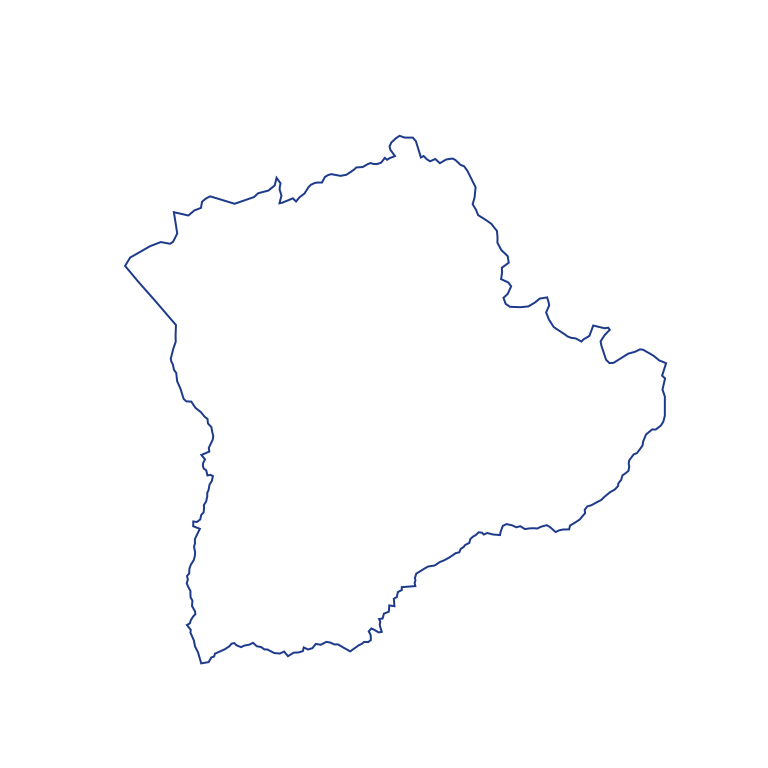 Sertânia, Pernambuco, Brazil (Mercator projection), rotated 339°
{"feature_id": "56859067B10888923782063", "entity_name": "Sertânia", "entity_type": "district", "adm_level": 2, "iso_a3": "BRA", "parent_name": "Brazil", "parent_adm1": "Pernambuco", "projection": "mercator", "projection_center": [-37.338, -8.2], "detail": "fine", "context": "isolated", "style": "outline", "palette": "blue", "viewbox_px": 768, "rotation_deg": 339, "n_neighbors": 0, "source": "geoboundaries", "source_scale": "gbopen_adm2", "svg_char_len": 4558}
<svg xmlns="http://www.w3.org/2000/svg" viewBox="0 0 768 768"><g transform="rotate(339 384 384)"><path d="M357.6,153.0L353.1,159.5L345.3,162.0L335.0,160.8L329.6,162.9L309.1,162.2L299.5,154.7L295.8,151.8L288.9,146.5L284.3,147.0L279.5,148.6L276.2,154.0L269.1,154.0L261.8,156.6L249.4,148.3L246.9,160.1L244.9,169.4L238.0,175.7L234.5,176.4L226.5,171.5L215.0,171.5L192.3,175.0L184.6,181.0L191.3,200.6L200.2,224.4L210.9,254.4L206.7,264.3L204.7,269.9L200.0,275.5L193.9,284.1L193.5,286.8L193.9,290.1L193.0,295.4L194.0,299.3L191.9,307.1L192.3,315.6L191.6,326.1L193.3,329.4L197.8,331.4L199.4,338.7L203.0,344.7L204.8,350.3L206.7,353.3L205.5,357.8L207.4,362.4L206.5,367.0L205.9,371.6L204.1,374.6L197.5,380.9L196.7,384.5L188.1,384.8L189.9,390.2L186.7,393.1L185.5,395.7L185.4,398.4L187.1,400.8L186.4,406.1L189.3,406.6L191.3,408.6L188.6,412.7L185.0,415.5L182.1,420.3L180.1,422.1L178.7,425.6L175.9,429.9L172.4,432.5L171.6,435.2L169.6,439.2L166.4,440.8L163.9,444.6L159.9,445.8L156.7,444.0L154.9,448.4L160.2,453.2L154.0,459.0L151.8,461.1L150.5,464.9L148.3,467.9L147.3,473.6L145.5,477.2L143.3,480.2L138.9,483.5L136.2,486.6L134.2,491.1L131.3,492.6L130.8,496.3L128.4,499.3L128.5,502.7L129.1,507.8L127.0,513.6L127.5,517.6L125.2,522.5L126.1,528.7L125.3,531.4L122.6,532.6L119.2,535.1L116.9,537.9L113.6,538.4L115.5,544.2L114.2,546.7L114.6,555.4L113.5,561.2L114.2,567.8L113.5,576.3L113.2,579.3L120.6,580.8L124.8,577.4L127.8,577.5L129.5,575.2L140.3,574.6L145.5,573.5L148.7,571.8L151.3,572.2L152.8,575.2L156.2,578.4L160.0,578.2L165.0,579.1L169.0,578.7L171.2,583.2L175.0,585.5L177.2,588.9L179.9,590.0L185.2,595.9L190.2,598.3L194.9,598.0L196.8,603.7L203.3,602.4L208.0,604.0L212.5,604.3L214.7,601.2L217.9,604.6L222.4,605.0L227.2,602.2L231.5,604.8L237.8,604.1L241.0,606.0L244.4,609.4L247.7,610.6L250.1,613.5L251.8,615.7L256.6,621.5L266.7,618.9L270.3,618.6L273.1,617.7L276.8,619.3L280.0,618.3L281.6,613.6L281.1,609.5L284.6,607.7L286.9,610.1L290.0,614.0L293.1,614.6L293.4,609.8L293.8,607.0L295.4,604.4L295.1,601.7L298.7,602.4L301.6,598.4L306.9,598.3L309.6,592.6L314.1,595.2L316.2,588.0L319.6,587.5L322.4,583.2L326.8,582.7L327.8,580.0L340.8,583.9L341.3,580.7L342.9,578.7L343.4,576.1L346.2,572.6L355.7,570.8L359.8,570.2L366.2,571.6L372.4,570.2L376.6,570.2L383.3,569.3L390.4,567.6L394.0,568.1L396.5,565.4L399.5,564.9L402.1,563.4L406.7,562.9L409.1,559.6L412.6,558.3L415.3,558.0L419.2,556.4L422.2,557.9L423.2,560.3L427.0,560.1L431.9,563.6L434.4,564.8L438.2,566.6L439.8,563.9L444.1,559.0L448.2,558.7L453.0,561.9L456.2,565.2L460.3,565.6L463.5,569.9L468.7,571.1L472.5,572.5L475.6,573.9L478.8,573.5L482.7,573.8L485.4,574.2L487.5,576.7L491.2,583.7L495.2,583.4L499.4,584.1L504.7,586.1L507.0,582.8L511.9,582.0L518.1,580.7L522.2,578.4L525.4,576.7L526.3,573.4L529.9,571.1L534.0,571.5L540.6,570.6L544.9,570.2L549.7,568.2L556.4,566.0L561.7,565.2L566.0,563.1L567.2,560.7L570.9,558.6L574.0,554.7L577.2,554.0L581.1,552.7L583.3,549.1L583.9,546.1L585.4,543.3L591.8,539.2L595.3,539.2L599.7,536.5L603.3,534.1L605.3,530.6L610.6,525.0L618.1,522.5L621.4,523.9L627.9,521.9L631.4,519.1L634.8,514.3L641.7,496.4L642.0,489.0L648.4,479.5L646.6,475.9L654.8,465.7L649.4,460.6L645.7,454.1L638.1,444.8L635.4,443.4L630.0,443.9L623.0,443.2L605.9,446.5L602.0,445.3L600.0,440.9L600.7,426.0L601.5,421.8L607.4,417.5L614.2,414.3L613.5,411.8L609.9,411.0L600.3,404.4L593.0,412.7L586.4,413.8L583.5,415.1L581.5,412.7L579.4,410.2L575.3,408.0L572.3,405.3L570.7,402.6L567.2,397.8L562.9,391.7L561.1,383.2L561.0,375.3L566.4,369.8L567.0,366.3L567.3,361.6L560.0,360.1L553.8,362.1L546.6,363.3L538.9,361.2L529.3,357.1L526.3,352.8L526.4,346.4L531.8,344.2L537.7,338.4L536.4,333.7L530.9,328.1L534.2,322.1L535.7,317.7L543.9,315.5L545.3,309.0L541.5,300.9L540.5,292.7L542.4,288.2L544.3,281.5L542.6,276.3L541.6,272.9L537.1,266.3L532.4,260.1L532.3,254.4L531.2,247.9L535.3,242.5L540.0,233.2L539.0,222.7L538.3,215.0L536.8,209.4L534.0,206.9L531.0,200.6L529.1,198.3L526.6,197.5L522.4,196.7L515.3,197.9L512.5,192.3L506.8,192.6L504.6,189.6L502.7,185.4L499.6,185.7L500.0,180.7L500.5,172.9L500.8,168.9L499.2,164.3L491.5,161.3L487.5,157.9L482.8,158.9L480.4,160.1L477.6,161.0L474.3,164.2L473.9,167.7L475.9,175.1L470.0,175.2L467.2,175.8L465.8,173.2L460.5,176.4L456.0,176.1L452.9,174.7L450.6,172.9L447.9,172.9L441.8,173.8L435.7,171.9L433.0,173.1L423.9,175.2L418.0,174.1L410.0,169.2L406.6,168.9L402.9,169.6L398.3,173.7L394.1,172.1L391.4,171.5L387.2,171.8L384.0,173.2L378.0,177.7L372.0,179.4L367.3,182.1L365.5,178.0L362.0,178.1L353.7,178.3L351.2,177.8L355.8,171.3L356.2,165.3L357.2,162.9L359.3,159.6L357.6,153.0Z" fill="none" stroke="#1e3a8a" stroke-width="2"/></g></svg>